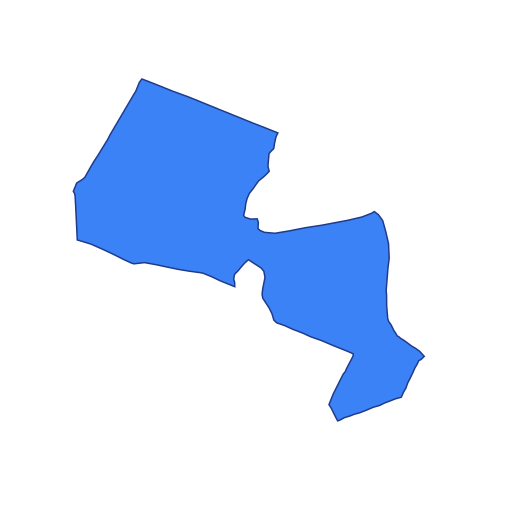 Al-Qurna, Al-Basrah, Iraq, rotated 292°
{"feature_id": "34846034B80013069152420", "entity_name": "Al-Qurna", "entity_type": "district", "adm_level": 2, "iso_a3": "IRQ", "parent_name": "Iraq", "parent_adm1": "Al-Basrah", "projection": "natural_earth1", "projection_center": [47.414, 30.944], "detail": "fine", "context": "isolated", "style": "filled", "palette": "blue", "viewbox_px": 512, "rotation_deg": 292, "n_neighbors": 0, "source": "geoboundaries", "source_scale": "gbopen_adm2", "svg_char_len": 2291}
<svg xmlns="http://www.w3.org/2000/svg" viewBox="0 0 512 512"><g transform="rotate(292 256 256)"><path d="M341.5,349.1L338.9,347.1L332.0,339.8L323.4,327.6L309.1,305.3L300.8,291.3L291.6,277.2L284.2,265.1L281.1,255.0L281.2,250.1L282.3,247.5L288.0,245.6L290.9,243.2L289.4,239.8L288.2,237.2L287.8,231.2L289.0,229.3L295.2,228.4L300.7,226.9L303.6,226.5L306.0,226.2L311.7,226.4L317.4,228.1L322.6,229.3L326.6,230.3L332.2,233.4L336.9,235.5L339.5,236.5L343.4,233.6L348.6,231.9L352.4,230.8L355.8,229.7L359.0,230.8L362.3,232.2L367.3,231.0L374.0,229.9L378.3,230.2L378.3,221.1L378.1,203.4L378.1,194.3L378.1,167.5L378.2,134.3L377.6,116.1L377.6,98.9L377.4,83.9L373.4,82.8L363.5,82.8L360.9,82.3L313.9,75.3L308.2,74.8L289.4,71.6L282.6,70.2L274.7,69.1L268.3,68.3L264.6,67.8L263.4,67.1L261.7,66.2L258.0,63.5L256.5,62.4L254.0,62.4L250.8,62.4L249.4,62.4L247.5,62.4L246.1,64.3L243.7,65.9L238.5,68.3L234.5,70.2L228.6,72.9L203.9,84.3L204.0,85.0L205.2,98.2L204.8,111.1L204.0,124.7L203.2,134.3L202.8,142.9L203.0,145.7L208.1,155.1L210.6,167.0L212.2,176.3L214.5,189.0L216.9,199.7L219.4,209.5L220.2,213.0L220.2,222.4L219.6,232.0L219.6,239.2L219.6,247.2L219.6,247.8L223.5,246.1L226.4,243.9L231.0,243.0L235.5,244.9L240.0,246.3L241.4,246.8L245.4,248.2L249.7,250.4L248.2,258.0L247.8,260.2L246.8,265.2L244.8,269.0L239.4,272.4L234.5,273.3L228.2,274.5L222.7,276.0L219.4,278.1L212.7,287.7L208.4,292.5L203.3,296.5L201.8,300.1L202.2,308.9L201.8,317.5L202.0,327.8L201.6,337.1L202.1,347.7L202.1,350.3L201.9,358.9L201.9,369.4L201.9,378.0L201.7,382.8L199.6,383.5L192.5,382.8L185.3,382.1L182.5,382.1L179.0,381.1L157.1,379.3L145.6,379.3L142.8,383.1L139.1,387.2L136.3,390.4L133.7,393.5L135.4,395.4L139.3,398.6L142.9,403.1L145.9,406.2L149.4,410.8L154.5,416.2L159.7,421.4L163.9,426.8L167.8,430.2L172.2,435.0L175.5,438.4L179.5,443.6L185.1,443.8L189.6,444.5L194.8,444.2L200.2,444.7L206.3,445.1L212.1,445.3L215.7,445.9L219.9,446.1L221.9,447.8L226.0,449.6L228.9,443.5L230.1,438.8L230.8,434.0L232.0,429.5L233.3,424.5L233.7,421.4L234.7,418.4L234.8,416.8L236.7,414.5L238.5,411.8L240.5,409.6L242.8,407.0L244.9,403.7L247.1,401.7L251.4,399.5L258.6,395.9L268.2,391.9L273.1,389.5L284.3,386.0L289.4,384.4L293.0,383.2L303.9,380.3L317.2,374.2L327.2,367.2L336.3,360.2L340.2,353.9L341.5,349.1Z" fill="#3b82f6" stroke="#1e3a8a" stroke-width="1.5"/></g></svg>